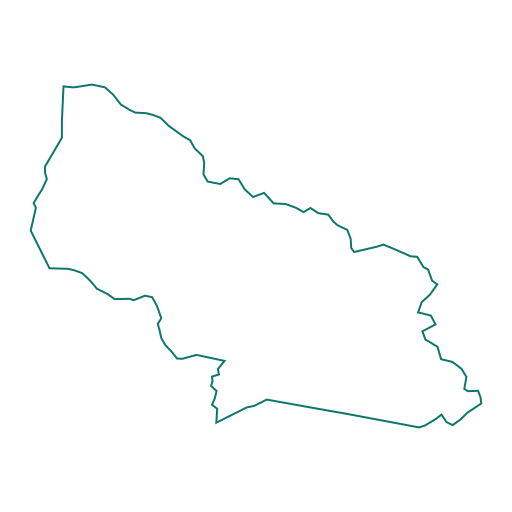 the district of Itapetim, Pernambuco, Brazil
{"feature_id": "56859067B43341835432659", "entity_name": "Itapetim", "entity_type": "district", "adm_level": 2, "iso_a3": "BRA", "parent_name": "Brazil", "parent_adm1": "Pernambuco", "projection": "orthographic", "projection_center": [-37.138, -7.385], "detail": "fine", "context": "isolated", "style": "outline", "palette": "teal", "viewbox_px": 512, "rotation_deg": 0, "n_neighbors": 0, "source": "geoboundaries", "source_scale": "gbopen_adm2", "svg_char_len": 1610}
<svg xmlns="http://www.w3.org/2000/svg" viewBox="0 0 512 512"><path d="M182.9,136.1L168.9,126.0L160.4,117.7L152.4,114.8L146.4,113.2L135.3,112.6L129.8,110.0L120.9,104.6L113.1,94.6L104.9,87.3L91.9,84.6L80.4,86.4L73.5,87.4L63.5,86.4L62.0,118.9L61.9,124.7L61.9,137.8L44.9,166.7L45.1,172.6L46.8,179.2L41.9,189.8L38.9,194.3L33.6,203.1L35.9,207.7L34.2,215.3L30.7,230.6L49.5,268.3L67.9,268.8L74.3,270.3L82.1,273.1L86.3,276.9L91.3,281.9L97.0,288.8L107.7,294.1L114.6,299.1L129.6,298.8L133.7,300.2L145.0,295.7L152.1,297.2L156.9,305.8L161.3,318.2L157.8,323.9L159.5,330.1L161.3,338.0L165.2,344.9L171.7,351.8L177.0,358.5L182.2,358.8L196.5,354.9L224.5,360.9L217.9,369.0L218.9,374.5L212.0,376.6L212.5,381.2L211.1,385.9L216.6,391.0L214.6,398.9L212.0,404.8L217.2,408.8L216.3,422.7L246.8,407.4L254.2,405.9L266.7,399.6L328.2,410.6L343.3,413.2L419.0,427.4L424.8,425.6L436.4,418.6L441.5,414.6L446.5,422.1L452.7,425.1L460.9,419.2L467.1,412.9L481.3,403.5L480.5,397.2L478.0,390.8L468.0,391.2L464.3,388.9L466.4,376.9L461.5,368.8L452.4,361.9L441.1,359.2L437.5,346.8L425.4,339.5L422.4,331.3L435.5,324.4L430.9,315.6L424.3,313.9L418.1,312.4L421.7,302.2L429.8,294.8L437.3,284.3L432.1,280.7L428.1,269.5L423.4,267.1L417.2,256.8L410.6,256.3L396.2,249.9L383.4,244.6L377.2,246.6L354.1,252.0L351.2,248.0L350.7,238.9L347.3,229.9L337.7,225.3L333.4,221.7L328.2,214.6L318.3,213.2L310.4,208.0L303.6,212.1L296.2,207.9L285.6,204.0L273.7,203.4L264.1,192.9L253.0,197.0L244.7,189.3L238.5,179.2L229.7,178.3L220.2,184.0L207.7,181.6L203.5,174.5L204.2,162.6L202.8,156.2L194.5,148.1L190.2,140.3L182.9,136.1Z" fill="none" stroke="#0f766e" stroke-width="2"/></svg>